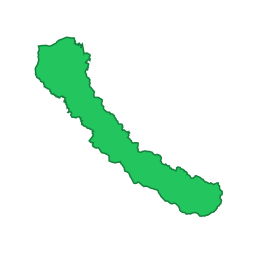 Arenal, Bolívar, Colombia, rotated 260°
{"feature_id": "7082276B96052699629783", "entity_name": "Arenal", "entity_type": "district", "adm_level": 2, "iso_a3": "COL", "parent_name": "Colombia", "parent_adm1": "Bolívar", "projection": "robinson", "projection_center": [-74.071, 8.321], "detail": "fine", "context": "isolated", "style": "filled", "palette": "green", "viewbox_px": 256, "rotation_deg": 260, "n_neighbors": 0, "source": "geoboundaries", "source_scale": "gbopen_adm2", "svg_char_len": 5773}
<svg xmlns="http://www.w3.org/2000/svg" viewBox="0 0 256 256"><g transform="rotate(260 128 128)"><path d="M224.2,54.0L220.3,54.3L218.8,53.0L217.4,52.4L216.9,52.3L216.0,52.8L213.6,51.8L212.2,52.1L209.6,51.6L206.3,49.9L203.6,47.6L202.3,46.9L198.1,46.7L197.8,46.3L197.5,46.3L197.4,46.5L195.8,46.5L194.5,47.1L193.7,47.0L192.3,48.5L192.2,49.3L191.4,49.3L190.4,50.0L189.2,50.1L188.6,50.6L187.7,52.7L185.3,52.7L183.8,53.2L183.5,52.8L183.2,52.7L182.8,53.8L182.2,53.9L182.1,54.4L180.8,55.5L179.7,57.6L178.9,57.9L177.8,57.5L177.3,58.1L175.8,58.2L175.2,58.4L174.4,59.7L174.7,60.3L174.6,60.6L173.9,60.7L173.4,61.3L172.8,61.5L172.5,62.7L171.9,62.4L171.3,62.6L171.0,63.6L170.9,64.7L170.3,64.5L169.9,65.0L169.6,65.9L170.8,67.2L170.6,67.9L170.7,68.9L170.4,69.4L169.7,69.2L168.9,71.2L168.5,71.6L168.1,71.6L167.6,70.9L166.3,70.1L165.0,69.6L164.8,70.7L165.3,70.9L165.4,71.3L164.4,71.3L163.8,70.7L163.4,71.6L163.1,71.6L162.1,71.1L161.8,71.2L161.5,71.8L160.7,71.5L159.7,71.9L159.0,71.7L158.6,72.1L158.2,71.6L157.5,73.1L156.7,72.8L155.1,73.0L153.8,71.5L153.6,72.0L154.0,72.4L154.1,73.0L153.8,73.7L154.0,74.3L153.7,74.6L152.1,75.1L151.2,74.0L150.7,73.9L148.4,74.7L148.1,76.1L147.1,78.7L147.1,79.1L147.6,79.6L147.6,82.0L145.9,82.6L146.0,83.2L144.9,82.7L143.6,83.3L143.3,83.8L143.0,82.9L142.6,82.9L142.2,83.5L141.0,83.2L140.5,83.6L139.0,82.8L139.5,83.5L139.1,83.8L139.2,84.1L137.9,84.6L136.3,87.2L135.7,87.7L135.2,87.7L134.8,88.1L134.5,88.7L134.5,89.7L133.1,90.8L133.0,91.4L131.9,93.0L131.2,92.9L130.8,93.3L130.5,92.2L129.9,92.4L129.1,92.0L128.0,92.8L126.5,92.0L126.0,92.2L125.6,91.4L124.6,90.3L124.3,90.4L123.8,89.4L122.2,87.6L121.8,87.6L121.4,88.3L120.7,88.5L120.0,89.3L119.6,91.2L119.1,91.1L117.5,90.1L116.8,90.5L116.1,90.3L115.7,90.5L115.4,91.3L114.6,91.8L113.8,93.3L113.7,95.2L111.6,96.7L110.5,96.7L108.3,97.8L107.1,100.7L104.8,103.8L103.4,104.7L102.5,104.2L100.9,104.2L99.9,103.8L98.9,103.7L97.8,105.2L96.0,108.9L95.9,109.4L96.1,110.4L95.9,113.4L96.3,114.4L94.0,115.0L92.6,116.0L89.5,117.3L86.1,117.4L85.3,119.1L83.6,120.9L81.6,121.5L79.5,121.7L78.3,122.5L72.7,124.2L72.2,125.0L72.1,126.3L72.3,127.2L72.9,128.5L72.7,129.2L67.7,133.3L67.5,136.3L66.8,137.1L66.5,138.1L65.6,138.9L64.5,140.6L64.2,141.5L61.5,146.6L59.0,146.9L56.6,148.1L55.1,148.5L49.8,151.9L49.5,152.2L49.3,154.2L46.6,156.5L45.9,157.5L45.7,158.4L46.0,159.8L45.9,160.4L45.1,162.0L42.0,164.3L40.1,164.7L37.9,164.8L36.2,166.1L35.1,168.0L35.1,168.6L34.7,169.4L33.1,170.4L33.0,173.2L32.5,174.6L33.2,176.6L33.1,179.4L32.3,181.0L31.1,182.2L28.9,183.3L28.4,184.9L28.5,186.1L28.0,188.5L28.1,189.0L28.6,189.5L28.6,190.0L28.3,191.5L28.9,192.3L28.9,192.8L29.6,194.4L29.9,194.6L30.5,196.3L30.3,197.3L30.6,198.1L32.6,200.9L33.3,201.3L33.5,201.8L34.5,202.1L35.2,202.6L35.7,204.2L36.9,205.1L37.3,206.2L38.4,206.5L40.1,207.4L41.1,207.4L42.5,206.5L43.6,206.6L45.4,207.2L45.9,208.9L47.3,209.4L49.3,209.7L51.6,207.7L54.0,207.8L54.9,208.1L56.5,207.0L58.0,207.3L58.4,207.2L58.3,205.8L57.5,202.5L59.6,200.0L59.0,199.2L59.4,197.9L61.0,196.1L61.6,194.7L63.0,193.5L64.4,193.0L65.3,191.4L66.5,190.8L69.2,186.7L69.2,186.0L68.1,185.1L67.4,183.4L67.2,182.9L67.5,182.0L68.3,181.1L70.2,180.6L71.0,179.9L71.7,178.3L72.2,178.1L72.8,178.6L73.2,178.5L74.7,177.8L75.2,177.2L75.7,175.9L76.6,176.0L77.9,174.7L78.5,172.9L79.9,172.6L80.8,170.6L80.9,170.2L80.6,169.5L80.3,169.0L79.0,168.7L77.5,167.8L79.4,165.2L79.8,163.7L80.9,163.6L81.0,162.8L81.3,162.5L83.5,162.1L83.9,160.2L85.9,158.9L85.4,157.8L86.8,155.5L87.9,155.0L89.4,154.9L89.8,154.2L91.8,155.3L93.0,155.7L94.0,155.2L94.8,155.2L95.0,155.0L95.2,154.0L96.3,153.7L96.9,151.9L96.7,150.4L96.8,149.6L98.3,148.3L99.8,147.6L101.5,144.2L101.3,143.1L101.9,142.3L102.5,140.5L102.4,137.9L101.9,136.9L101.8,136.2L103.0,134.0L104.2,133.8L104.8,134.4L105.2,134.4L106.7,133.7L108.3,134.6L111.3,135.4L111.6,135.1L112.4,132.1L112.0,130.9L113.1,129.2L114.9,129.1L115.4,128.5L117.3,127.5L118.8,126.1L120.6,127.6L122.3,127.2L122.5,127.5L122.6,128.4L122.9,128.7L123.3,128.4L123.7,127.6L124.3,127.9L124.1,126.0L126.8,123.7L126.9,123.0L126.5,122.5L126.7,122.1L127.4,121.9L128.7,122.1L129.3,122.9L130.2,122.5L130.9,123.2L131.7,122.8L132.5,122.8L133.0,122.1L133.4,119.8L133.9,119.4L134.8,119.1L136.3,119.1L137.4,118.0L139.3,117.6L141.3,116.5L142.5,116.7L143.2,116.0L144.0,115.6L144.5,114.9L144.8,114.3L144.9,112.9L146.3,112.9L146.7,112.7L147.0,110.9L148.0,109.2L148.9,108.9L149.3,108.2L150.8,107.4L151.9,107.2L152.6,107.6L153.4,107.7L155.3,106.2L155.8,106.2L157.3,106.4L159.5,107.5L160.5,107.4L162.1,105.3L163.1,104.5L164.1,100.1L164.4,99.9L165.7,100.1L166.9,100.0L169.3,101.2L169.7,100.9L170.3,100.9L171.3,100.0L174.2,98.6L174.6,98.0L176.1,97.4L177.2,97.7L177.6,97.5L178.1,97.9L178.2,98.3L179.1,98.5L180.5,98.0L180.9,98.4L182.0,98.9L182.4,98.3L183.0,98.4L184.2,98.0L184.4,97.2L185.6,96.3L187.1,96.1L187.6,96.4L188.3,96.0L189.1,96.1L189.8,95.6L190.7,95.5L191.1,95.9L192.3,96.5L192.5,97.3L192.2,97.8L192.5,98.5L192.8,98.5L193.8,97.8L194.0,98.7L194.7,99.4L195.5,99.1L196.0,99.7L197.0,99.7L197.6,100.4L197.9,100.4L199.2,99.1L199.3,97.8L199.7,97.4L200.4,97.8L200.9,99.1L201.4,99.4L202.2,100.9L202.0,101.3L201.1,101.9L201.0,102.2L203.0,102.7L203.4,102.0L203.8,102.0L204.7,102.2L205.3,103.0L206.2,103.3L207.0,103.1L207.6,102.1L207.6,101.6L208.5,101.3L209.1,100.0L208.8,99.3L209.3,97.8L209.0,97.6L218.3,97.6L216.6,96.3L215.8,96.3L215.5,96.0L215.6,95.6L216.0,95.8L216.6,95.7L217.3,96.5L218.2,96.4L218.1,95.6L218.8,95.0L219.3,95.0L219.1,94.3L219.8,94.3L219.4,93.8L218.4,94.2L218.0,93.6L218.4,93.3L219.0,93.5L219.4,93.3L219.1,92.7L219.4,92.6L219.4,92.2L219.1,91.9L219.5,90.9L220.7,91.1L220.9,90.3L221.5,91.0L222.1,91.1L222.9,91.0L222.8,90.6L225.9,90.7L226.5,87.7L227.8,84.1L228.0,82.9L226.8,77.8L226.6,75.8L225.4,73.1L224.2,72.2L222.2,66.1L222.4,64.0L223.6,61.8L224.1,57.2L224.2,54.0Z" fill="#22c55e" stroke="#15803d" stroke-width="1.5"/></g></svg>